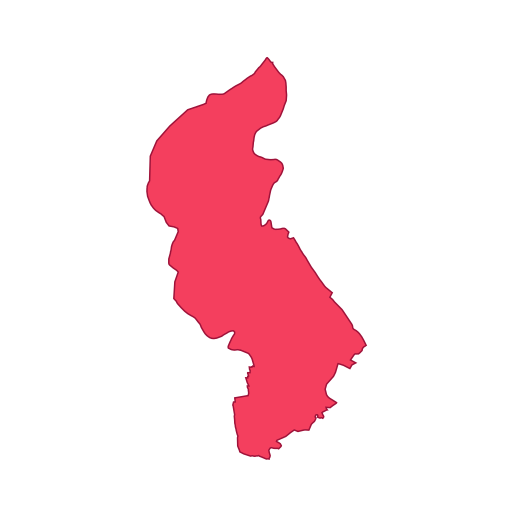 the district of Bani Al Harith, Amanat Al Asimah, Yemen, rotated 293°
{"feature_id": "15242507B44519416711128", "entity_name": "Bani Al Harith", "entity_type": "district", "adm_level": 2, "iso_a3": "YEM", "parent_name": "Yemen", "parent_adm1": "Amanat Al Asimah", "projection": "albers", "projection_center": [44.252, 15.509], "detail": "fine", "context": "isolated", "style": "filled", "palette": "rose", "viewbox_px": 512, "rotation_deg": 293, "n_neighbors": 0, "source": "geoboundaries", "source_scale": "gbopen_adm2", "svg_char_len": 6117}
<svg xmlns="http://www.w3.org/2000/svg" viewBox="0 0 512 512"><g transform="rotate(293 256 256)"><path d="M116.4,372.7L122.8,372.7L124.3,373.3L126.6,374.4L128.9,374.6L130.2,374.5L130.8,373.5L131.6,373.1L133.4,373.4L133.8,374.7L133.0,375.4L131.7,375.6L131.8,378.2L132.8,379.6L132.7,380.9L134.3,381.2L134.9,380.9L136.0,379.5L137.6,377.9L138.2,378.2L142.0,381.3L142.2,381.7L142.6,381.0L143.2,380.3L144.1,379.6L145.4,383.5L148.3,385.1L151.7,387.3L152.4,387.5L152.6,386.9L153.8,379.3L154.2,378.0L154.7,376.8L155.7,375.3L156.5,374.6L160.4,371.7L164.9,371.1L165.9,371.1L175.3,374.3L176.2,374.4L180.0,374.6L182.6,374.3L188.4,373.6L189.0,373.6L189.3,375.8L189.6,379.3L189.3,383.3L189.1,386.4L192.8,386.8L193.4,387.0L194.4,387.8L196.6,389.6L197.2,383.6L203.5,384.9L204.2,385.2L204.8,385.8L205.0,386.5L206.0,388.6L207.5,389.4L210.3,390.5L210.8,390.5L211.9,390.2L212.7,390.2L213.7,390.5L214.2,390.6L215.8,391.7L216.4,392.0L216.8,392.3L220.5,388.0L222.9,384.9L225.0,381.4L225.4,380.4L225.8,379.5L226.4,377.4L226.8,374.4L227.1,373.8L227.6,373.2L229.5,372.0L230.1,371.4L230.7,370.7L239.7,357.0L240.3,356.0L244.4,346.1L245.6,344.0L246.0,343.1L246.9,340.1L252.0,340.5L252.2,339.6L252.7,338.1L253.0,337.0L254.3,332.6L255.0,331.0L257.8,326.4L259.3,323.7L261.4,320.5L263.8,317.1L267.4,311.1L272.3,304.5L272.9,303.8L273.7,302.8L274.4,301.7L275.6,299.5L276.9,297.5L277.8,296.4L278.3,295.5L279.4,294.0L281.7,291.3L283.4,289.1L284.4,287.5L285.9,285.6L287.4,283.4L285.3,281.0L285.1,279.6L285.3,278.4L285.8,277.6L288.4,277.0L290.8,276.9L292.5,272.5L292.5,271.2L292.1,270.2L291.5,269.2L290.7,268.3L289.5,266.4L288.0,263.2L287.9,262.0L288.2,259.7L289.1,259.0L293.3,256.4L294.1,255.6L294.4,254.5L293.8,253.6L292.6,253.3L291.5,253.3L290.2,253.1L289.0,252.7L287.2,251.6L286.4,250.8L285.8,249.6L286.5,248.8L287.4,248.1L291.5,246.1L292.7,245.1L293.8,244.9L294.8,245.2L296.9,246.0L306.1,246.0L307.4,246.0L310.9,246.0L312.0,245.9L314.2,245.4L315.4,245.2L316.9,244.8L322.1,243.8L323.3,243.7L327.6,243.7L329.8,244.0L330.9,244.5L332.8,245.9L334.2,246.3L335.3,246.3L336.5,246.5L337.6,246.6L338.8,246.7L340.1,247.0L341.6,247.2L343.8,247.2L346.3,247.0L347.5,246.8L348.5,246.1L349.6,245.4L350.7,244.4L351.4,243.5L352.0,242.0L352.3,240.8L352.8,238.1L352.8,236.8L352.4,235.7L351.8,234.8L350.7,232.6L350.2,231.5L348.8,226.9L348.8,225.8L349.0,223.6L349.0,222.5L348.9,221.2L348.7,220.1L348.7,218.8L348.8,217.7L349.3,215.2L349.8,214.1L350.5,213.2L351.3,212.4L352.3,211.5L353.3,211.0L355.4,210.5L359.7,209.1L360.9,208.9L363.3,208.2L364.4,207.9L367.2,207.4L369.4,207.5L370.6,207.7L371.6,208.1L373.7,209.3L374.7,209.8L375.8,210.5L377.9,212.3L379.6,214.3L381.5,216.1L385.2,219.9L387.2,221.6L388.1,222.2L389.1,222.6L390.2,222.8L392.4,223.4L393.6,223.6L394.9,223.7L402.0,223.6L405.6,223.2L410.7,223.1L411.9,222.7L415.7,221.4L416.8,220.9L420.1,219.1L423.4,217.7L425.9,216.4L426.9,215.9L429.2,214.4L429.9,213.4L431.7,211.1L432.6,208.9L432.8,207.8L433.3,206.6L433.9,205.2L437.4,199.2L439.4,196.3L440.7,195.7L440.2,194.9L440.5,193.7L441.1,192.5L441.8,191.4L442.3,190.4L442.8,189.2L442.9,188.9L442.5,188.4L441.3,188.1L440.2,188.0L434.3,186.4L433.0,186.1L431.5,185.6L430.5,185.0L429.4,184.7L425.0,183.4L423.9,183.4L422.8,183.0L420.3,181.5L419.6,180.7L416.9,178.9L415.8,178.2L414.6,177.6L412.6,176.4L411.3,175.7L410.2,175.2L408.8,174.4L404.6,170.9L402.2,169.2L401.0,168.5L399.8,167.6L397.8,166.3L393.2,163.5L392.3,162.7L391.7,161.7L390.4,158.8L390.0,157.7L389.7,156.6L388.9,154.4L388.3,153.0L387.6,151.8L386.7,150.8L385.9,150.2L383.7,149.6L382.6,149.6L380.3,149.7L378.0,150.1L377.2,150.4L375.0,148.4L363.9,136.0L342.0,125.9L323.2,119.7L306.6,119.7L283.6,128.7L281.4,128.4L278.9,128.5L277.7,128.6L276.4,129.1L275.3,129.4L274.1,129.9L272.8,130.4L271.8,131.0L268.6,132.9L265.4,135.9L263.5,137.8L261.7,140.0L261.2,141.0L260.3,142.4L259.7,143.6L258.8,145.8L258.0,149.4L257.6,152.1L256.8,154.4L256.4,155.9L251.9,160.3L249.7,164.2L250.8,169.2L250.8,172.6L250.7,173.2L248.0,174.9L238.3,174.9L237.3,174.4L236.3,174.3L234.0,174.3L231.5,174.6L228.6,175.4L227.6,175.6L226.5,175.7L225.1,176.1L219.2,176.9L215.6,178.4L214.6,179.0L214.0,179.9L212.6,184.6L211.9,188.2L211.5,189.3L210.8,190.7L200.5,191.4L184.7,197.0L183.2,200.3L181.9,201.8L181.2,203.0L179.2,207.3L177.3,212.0L176.3,215.6L176.0,217.8L175.8,219.2L175.6,221.6L175.3,223.4L175.0,224.4L173.4,227.3L172.8,228.3L171.4,231.1L170.5,232.1L168.9,233.6L165.8,237.7L164.5,239.7L163.6,241.8L163.3,242.9L162.8,245.2L162.9,247.4L163.3,248.7L163.7,249.7L165.1,251.9L166.8,253.7L168.4,255.4L169.4,256.2L170.4,256.7L171.5,257.5L173.5,259.1L174.5,259.8L175.4,260.4L177.1,262.3L177.9,263.5L178.3,264.6L177.7,266.0L176.6,266.5L175.6,266.7L174.3,266.3L170.6,265.8L168.3,265.8L167.0,265.7L162.3,265.7L161.3,265.9L160.4,266.6L160.4,267.7L160.2,269.0L160.3,270.3L160.7,271.9L161.0,272.9L161.6,274.0L162.2,275.0L162.7,276.0L163.2,278.6L163.3,278.6L163.4,286.7L163.3,287.4L162.6,288.7L161.2,290.9L160.4,291.9L159.4,292.9L158.0,294.0L155.0,296.5L153.6,297.4L153.5,297.1L153.3,296.5L153.3,295.9L152.5,295.9L152.2,295.1L151.8,295.1L151.3,293.8L151.3,293.5L151.2,293.2L148.8,294.6L148.5,295.3L146.3,296.1L145.4,294.0L145.0,294.0L142.7,296.0L142.4,296.1L141.9,295.4L140.6,296.0L139.9,294.2L136.1,297.4L133.9,299.9L133.6,300.2L133.0,298.8L131.8,299.4L131.0,300.3L130.1,301.2L129.0,301.6L128.3,302.1L126.8,302.9L124.4,303.3L117.1,291.9L113.6,293.9L112.8,292.4L109.8,292.9L109.8,293.1L101.5,298.4L100.1,298.6L97.2,300.2L93.9,301.8L92.2,303.0L90.7,303.8L88.8,305.3L87.8,305.9L85.8,307.4L84.4,308.5L83.2,309.7L81.5,310.0L74.0,313.4L71.6,315.7L71.6,315.9L69.4,317.7L69.1,322.0L69.7,329.2L70.7,330.6L70.9,332.0L71.2,333.1L71.8,334.0L72.4,334.9L72.5,335.4L73.4,336.5L73.1,337.3L73.2,339.4L73.2,344.9L73.5,345.3L73.9,346.2L74.3,347.4L74.6,347.2L76.5,347.3L77.7,347.0L78.3,346.7L78.8,346.1L79.5,345.7L80.1,345.1L81.0,344.5L81.4,344.3L82.1,343.7L83.8,343.9L84.9,344.2L85.6,345.1L85.9,347.3L86.3,348.6L87.4,351.1L87.4,352.2L88.9,352.8L90.4,353.4L91.3,353.4L92.6,351.8L93.0,350.2L93.3,347.3L94.2,347.2L94.7,347.4L101.6,353.9L107.0,356.8L110.8,359.2L110.9,363.2L111.6,364.1L114.6,368.2L115.3,369.6L116.4,372.7Z" fill="#f43f5e" stroke="#9f1239" stroke-width="1.5"/></g></svg>